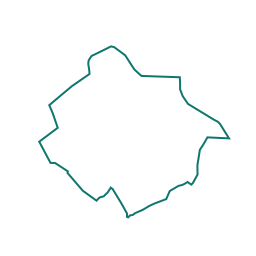 the district of Gumel, Jigawa, Nigeria, rotated 243°
{"feature_id": "59680162B20002653395444", "entity_name": "Gumel", "entity_type": "district", "adm_level": 2, "iso_a3": "NGA", "parent_name": "Nigeria", "parent_adm1": "Jigawa", "projection": "natural_earth1", "projection_center": [9.385, 12.623], "detail": "fine", "context": "isolated", "style": "outline", "palette": "teal", "viewbox_px": 256, "rotation_deg": 243, "n_neighbors": 0, "source": "geoboundaries", "source_scale": "gbopen_adm2", "svg_char_len": 1060}
<svg xmlns="http://www.w3.org/2000/svg" viewBox="0 0 256 256"><g transform="rotate(243 128 128)"><path d="M188.5,159.1L194.0,158.5L206.3,152.4L208.4,150.0L208.7,128.1L207.0,125.1L205.7,123.3L204.3,122.4L202.9,121.6L199.8,120.6L196.3,119.4L193.6,118.2L192.6,110.7L190.8,97.3L188.1,85.4L184.1,68.2L175.0,67.6L168.1,66.6L160.1,65.5L156.1,42.7L132.1,43.1L130.0,47.1L123.9,50.6L116.7,54.7L115.4,53.7L92.5,59.3L77.5,67.0L78.5,69.4L78.9,71.2L78.8,72.6L78.4,73.8L78.2,75.5L78.7,77.1L79.2,78.3L79.5,79.9L80.0,81.0L80.9,82.5L81.6,83.5L81.9,84.7L82.7,85.5L80.7,86.6L66.4,87.7L61.1,88.0L52.1,88.3L49.4,86.7L49.0,87.1L48.3,87.5L48.6,88.6L49.1,89.6L49.2,90.0L48.9,90.9L48.7,91.9L48.4,92.8L48.9,95.7L48.4,104.2L48.9,111.3L48.7,117.1L47.3,129.8L52.9,136.6L53.5,146.8L52.6,150.5L52.6,153.8L52.9,156.5L48.8,158.7L49.5,160.8L54.9,168.8L63.1,172.8L75.9,182.1L80.0,189.1L83.6,194.5L72.9,213.3L90.0,211.8L92.6,211.0L96.9,208.0L122.2,192.4L131.6,191.2L138.8,192.0L145.2,195.2L149.7,197.2L168.3,163.6L177.4,160.2L188.5,159.1Z" fill="none" stroke="#0f766e" stroke-width="2"/></g></svg>